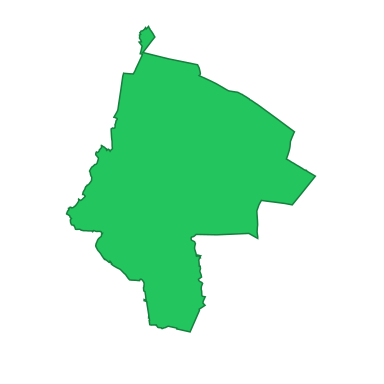 the district of Xochitepec, Morelos, Mexico, rotated 201°
{"feature_id": "50627088B57245332476204", "entity_name": "Xochitepec", "entity_type": "district", "adm_level": 2, "iso_a3": "MEX", "parent_name": "Mexico", "parent_adm1": "Morelos", "projection": "robinson", "projection_center": [-99.225, 18.765], "detail": "fine", "context": "isolated", "style": "filled", "palette": "green", "viewbox_px": 384, "rotation_deg": 201, "n_neighbors": 0, "source": "geoboundaries", "source_scale": "gbopen_adm2", "svg_char_len": 5940}
<svg xmlns="http://www.w3.org/2000/svg" viewBox="0 0 384 384"><g transform="rotate(201 192 192)"><path d="M249.3,97.7L249.5,98.2L247.6,97.7L244.5,96.7L244.0,96.6L243.8,97.1L243.7,97.6L243.7,97.9L242.5,97.3L242.7,96.9L241.1,96.3L241.3,95.8L240.6,95.5L239.1,95.1L238.1,94.9L234.9,94.4L231.4,94.1L230.4,93.7L225.7,91.5L224.6,91.3L224.2,91.1L224.0,90.9L223.9,90.7L222.5,89.8L221.6,89.2L220.9,88.7L218.8,87.6L217.1,88.0L212.6,89.5L210.9,89.9L209.1,90.5L209.2,91.1L209.2,91.6L209.0,92.0L208.6,92.3L208.3,92.4L207.9,92.1L206.9,92.1L206.2,91.7L205.5,91.0L204.7,90.6L203.9,89.3L203.5,88.3L203.2,86.9L203.1,86.7L202.9,86.3L202.9,86.0L203.0,85.7L203.0,85.2L202.5,84.2L201.6,82.4L200.2,82.1L198.3,78.8L196.1,74.6L196.8,74.6L198.2,74.5L197.8,73.5L197.8,73.4L195.0,73.5L193.7,71.0L188.1,61.3L187.8,60.0L187.5,59.2L187.2,59.6L186.3,58.2L185.6,56.8L185.9,56.6L183.9,53.0L182.6,53.1L179.7,54.3L177.8,55.0L177.8,54.7L177.6,54.5L177.2,54.4L176.8,54.3L176.4,54.2L175.6,53.5L175.3,53.4L174.8,53.4L174.3,53.6L172.9,53.9L172.1,54.2L171.0,53.7L170.4,54.2L169.5,55.2L169.1,55.3L168.7,55.5L166.2,58.1L165.9,58.2L158.0,59.4L157.3,59.4L157.2,58.7L143.6,60.7L143.6,61.8L142.6,84.1L143.3,85.2L142.3,86.5L139.2,90.9L141.9,92.2L142.4,93.9L142.1,98.9L144.8,98.4L145.7,98.9L147.4,102.8L148.7,104.8L149.4,107.4L149.3,110.4L150.5,111.1L152.3,111.2L154.0,111.8L154.7,112.8L152.6,116.0L153.7,117.8L156.4,120.9L156.6,123.5L157.8,125.7L158.6,125.3L159.0,126.1L159.4,127.1L161.0,130.4L161.3,130.7L161.3,131.7L161.2,133.1L160.5,133.5L161.1,134.3L161.6,134.5L162.0,134.4L161.6,135.0L161.1,135.3L161.0,135.5L164.1,135.2L164.1,134.5L164.4,133.7L165.0,133.8L165.4,134.5L165.7,135.3L167.8,138.1L168.9,139.5L169.5,140.5L170.0,142.5L170.3,145.0L171.8,146.5L175.3,146.9L175.8,147.6L176.3,148.5L176.3,149.7L175.1,150.5L174.2,151.4L172.9,153.9L153.3,161.0L124.1,173.7L114.0,172.2L114.5,173.6L116.9,178.0L117.3,179.2L118.4,182.7L118.7,184.0L119.0,185.0L120.6,188.7L123.5,194.9L124.7,197.6L124.9,204.1L124.2,209.0L118.7,210.3L111.0,212.2L101.0,214.6L93.8,215.9L89.2,230.0L85.5,241.6L82.5,251.0L91.4,252.5L93.3,253.2L93.5,253.3L93.9,252.8L95.8,253.1L98.3,253.7L99.0,253.7L100.5,254.1L104.1,254.6L107.5,255.3L109.4,255.5L112.6,256.2L115.7,256.6L115.8,261.2L116.1,265.6L116.5,268.1L116.8,269.6L118.2,274.5L118.2,275.0L118.2,279.5L118.1,281.4L118.1,283.1L117.9,284.9L140.0,291.1L162.9,297.3L163.8,297.4L169.4,298.8L171.3,298.9L172.1,299.5L173.3,299.7L173.7,299.7L174.6,300.0L179.3,300.8L179.6,301.0L180.2,301.1L180.9,301.0L184.9,301.5L186.4,301.2L187.1,301.0L191.9,300.0L192.7,299.8L194.4,299.6L196.6,299.9L207.6,301.7L213.5,302.3L227.1,303.2L226.6,304.4L226.5,305.3L227.6,307.2L229.8,310.4L231.9,312.3L232.4,312.8L261.6,307.9L283.4,305.2L287.8,304.6L283.8,318.4L282.2,323.4L283.3,324.2L283.9,324.7L284.6,325.4L285.3,325.9L287.5,327.5L289.4,328.6L289.8,329.2L291.0,330.0L291.9,331.0L292.4,329.7L293.2,327.8L294.3,328.8L294.8,326.7L295.9,324.8L297.2,324.0L297.3,323.8L297.4,323.0L297.8,321.9L297.0,321.3L296.4,320.7L297.3,319.7L296.7,318.7L296.2,316.8L294.3,315.5L293.1,314.1L295.1,313.0L291.0,310.4L290.8,309.7L290.2,305.7L289.9,303.5L290.0,303.5L289.9,302.5L288.0,302.8L287.7,302.8L287.6,300.8L288.2,292.1L288.6,287.0L288.6,286.9L288.6,285.0L289.1,281.2L291.7,280.3L298.2,278.4L298.4,278.4L298.1,275.2L295.0,261.7L292.8,251.7L292.0,248.0L290.7,242.4L290.7,241.4L290.6,241.1L291.1,237.6L291.2,237.0L291.7,234.3L291.7,233.7L290.2,234.0L289.7,233.8L288.9,233.9L288.1,233.7L287.8,232.8L288.3,232.1L288.4,231.2L288.0,229.0L288.0,227.0L287.6,226.6L287.1,225.0L287.1,224.1L287.8,223.5L289.1,223.3L289.3,223.1L289.8,222.1L290.0,222.1L290.1,221.9L289.8,221.1L288.0,217.1L286.6,214.0L284.7,210.5L283.6,207.7L283.0,206.2L282.0,204.3L281.8,203.8L282.9,201.8L283.1,200.7L284.6,201.8L285.0,201.6L285.3,201.6L285.7,201.9L286.5,200.2L286.7,200.3L287.1,201.0L287.5,201.6L288.5,201.8L289.6,202.4L291.8,202.7L293.1,203.1L293.3,203.0L292.4,201.1L293.6,198.0L293.4,197.8L293.3,197.4L293.9,195.7L294.2,195.1L295.6,195.1L295.7,193.8L295.3,192.5L294.7,191.9L294.0,191.7L293.1,191.0L291.7,190.4L291.3,189.3L291.1,187.0L291.1,186.2L291.0,185.5L291.0,184.9L291.1,184.3L291.4,183.6L292.0,183.1L292.5,182.9L293.0,182.0L293.6,180.6L294.0,180.0L294.4,179.5L294.8,177.9L295.2,174.8L293.8,173.5L293.2,172.2L292.0,170.7L290.9,169.9L289.9,166.6L290.7,163.6L290.7,163.1L291.7,161.4L292.0,160.8L292.4,160.7L292.4,160.2L292.5,160.0L292.6,159.8L292.7,159.4L292.9,159.3L293.1,158.9L293.1,158.7L293.2,157.3L293.0,156.8L293.2,155.4L293.6,153.0L293.2,150.5L292.3,150.9L290.2,149.8L290.2,149.3L291.8,146.0L291.9,145.6L292.9,144.2L293.0,144.2L295.3,144.7L295.2,144.3L295.0,144.0L294.5,143.5L294.7,142.0L295.2,139.6L296.1,136.8L296.7,136.4L296.9,135.5L297.6,134.7L298.2,134.4L298.5,134.1L299.6,134.4L300.4,134.1L300.6,132.9L301.0,132.9L301.5,132.5L300.8,131.2L300.7,131.2L300.7,130.9L300.9,130.5L301.3,129.6L301.3,126.7L301.2,126.5L300.3,126.5L298.2,126.1L297.6,125.8L297.3,125.5L296.9,125.1L296.8,124.8L296.4,124.5L296.2,124.5L295.9,124.4L295.6,124.2L295.1,124.0L295.3,123.6L295.4,123.1L295.6,122.6L295.5,122.1L295.1,121.4L295.0,121.1L294.3,119.8L292.7,118.2L290.3,118.5L289.8,117.9L288.7,117.1L288.3,116.7L287.9,116.0L287.8,115.8L287.4,115.5L287.2,115.5L286.8,115.6L286.2,115.8L283.4,117.0L283.0,117.0L281.9,116.8L281.9,116.7L280.6,116.8L279.0,117.1L278.2,117.5L276.1,118.2L275.8,118.2L270.2,120.2L270.3,119.7L271.1,118.7L270.3,119.6L270.1,120.7L269.5,120.9L267.7,120.8L267.1,120.9L264.2,122.1L263.0,122.4L262.6,122.3L261.4,120.9L260.8,121.3L260.8,120.9L261.2,119.7L261.1,119.4L260.8,118.3L261.0,117.7L262.3,115.5L262.6,114.7L262.8,113.7L262.9,113.1L262.9,111.0L263.0,110.1L262.9,109.6L263.0,109.4L262.8,108.4L262.8,107.9L262.6,107.2L262.3,106.8L261.7,106.2L261.5,105.9L260.7,105.3L260.4,105.2L259.9,104.5L258.4,103.5L257.3,103.0L256.9,102.7L255.9,102.2L254.7,101.4L253.7,100.5L252.8,99.9L252.1,99.4L251.7,99.2L251.0,98.6L250.5,98.3L249.9,98.1L249.6,98.1L249.5,97.7L249.3,97.7Z" fill="#22c55e" stroke="#15803d" stroke-width="1.5"/></g></svg>